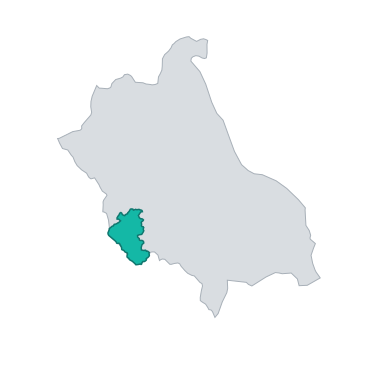 Kardzhali highlighted on a map of Bulgaria, rotated 58°
{"feature_id": "BGR-2237", "entity_name": "Kardzhali", "entity_type": "Province", "adm_level": 1, "iso_a3": "BGR", "parent_name": "Bulgaria", "parent_adm1": "", "projection": "orthographic", "projection_center": [25.602, 41.573], "detail": "fine", "context": "in_parent", "style": "filled", "palette": "teal", "viewbox_px": 384, "rotation_deg": 58, "n_neighbors": 0, "source": "natural_earth", "source_scale": "10m", "svg_char_len": 4204}
<svg xmlns="http://www.w3.org/2000/svg" viewBox="0 0 384 384"><g transform="rotate(58 192 192)"><path d="M310.5,239.0L304.2,238.0L302.1,238.4L300.7,240.0L297.8,239.8L294.3,239.9L290.6,241.7L288.5,242.5L285.8,240.9L280.5,236.2L277.3,232.9L275.0,232.1L272.7,233.2L264.4,234.5L262.5,236.4L258.7,238.7L254.8,239.7L249.2,240.6L246.3,240.5L244.7,241.6L243.3,244.7L242.4,247.8L241.6,249.1L234.7,250.7L233.2,252.5L232.8,254.2L232.9,255.9L227.4,254.3L223.1,255.5L222.1,256.8L221.2,258.7L221.7,260.7L223.3,262.7L224.8,268.0L225.4,273.4L224.5,276.4L221.3,278.6L214.7,281.0L208.3,279.9L205.5,280.9L200.7,281.2L196.3,281.8L189.6,284.0L183.5,285.2L178.1,280.8L171.6,277.7L164.9,275.8L162.5,277.1L161.5,278.1L155.8,274.1L153.3,272.7L152.1,271.2L149.8,265.9L148.4,265.7L143.7,267.6L139.2,267.4L136.5,267.0L128.4,267.1L127.3,270.7L126.3,271.2L124.5,271.7L120.2,271.4L114.7,273.9L108.8,275.4L104.2,275.3L99.5,274.4L96.6,274.9L90.5,275.1L86.5,278.8L80.5,278.4L75.4,277.6L76.1,276.4L77.6,261.1L80.3,254.3L80.2,252.8L79.7,251.8L77.5,250.6L76.1,246.8L73.1,237.0L71.3,234.9L66.1,232.7L61.7,229.7L57.9,225.9L51.2,216.4L54.8,215.6L56.0,213.8L59.7,208.9L60.2,206.4L59.9,205.0L57.6,202.5L56.2,197.1L57.6,192.2L57.8,189.7L56.7,187.1L58.0,184.0L60.6,182.4L62.2,182.0L68.9,181.9L73.4,175.7L76.0,173.8L78.8,170.3L80.0,169.1L81.3,166.3L81.8,163.5L76.6,159.4L74.9,156.3L72.7,153.0L69.6,150.6L63.4,146.5L61.0,142.4L60.1,137.2L58.6,133.3L56.8,130.7L56.6,128.6L55.9,126.0L55.9,121.0L57.6,114.5L58.7,112.2L60.9,111.6L66.7,108.3L67.1,103.8L68.2,101.0L70.1,99.4L71.8,98.4L74.8,101.1L82.2,105.6L85.8,108.7L85.5,110.6L83.7,112.4L80.4,114.2L78.4,116.5L77.8,119.5L78.2,121.7L80.4,123.6L94.1,121.5L107.8,123.2L126.3,127.7L138.5,129.3L147.6,127.6L164.4,131.2L180.1,134.5L195.1,135.5L203.6,133.0L209.5,129.6L214.6,123.2L227.1,114.7L239.1,109.8L255.0,105.8L265.5,104.3L267.1,105.6L280.7,113.1L286.7,113.0L291.6,114.3L293.5,116.3L294.7,116.7L301.1,114.7L304.1,118.8L308.8,124.6L316.5,127.5L323.4,129.0L325.6,129.2L332.8,128.8L332.2,143.7L328.2,150.8L321.6,148.7L313.3,150.8L309.1,158.8L306.7,161.2L304.5,164.0L303.3,174.2L303.4,191.0L300.3,193.1L297.4,193.8L285.5,208.8L292.6,212.8L295.8,215.8L301.2,224.5L308.9,234.2L310.5,239.0Z" fill="#d9dde1" stroke="#a8b0b8" stroke-width="1"/><path d="M220.9,260.5L221.3,261.0L221.9,261.3L222.6,261.5L223.1,261.7L223.5,262.2L223.8,262.7L224.2,264.3L224.2,264.7L224.2,265.7L224.3,266.1L224.5,266.3L225.2,266.5L225.5,266.8L225.7,267.6L225.8,268.3L225.7,269.0L225.6,269.7L225.0,270.3L225.0,270.7L225.4,271.8L225.6,272.1L226.3,272.7L226.4,273.1L226.4,273.6L226.1,273.7L225.8,273.8L225.6,274.2L225.1,275.7L224.4,277.3L223.9,278.2L223.6,278.3L223.2,278.2L219.3,279.2L218.7,279.5L217.4,280.3L216.4,280.8L215.9,280.9L215.3,280.8L214.6,280.8L213.5,281.4L212.8,281.5L211.9,281.1L210.5,279.6L209.5,279.2L209.0,279.4L207.3,280.6L205.7,280.7L205.2,280.9L204.6,281.3L204.3,281.7L204.0,281.9L203.4,282.0L203.0,281.8L202.0,281.3L201.6,281.1L197.5,280.8L196.9,281.0L196.5,281.6L196.2,282.3L195.8,282.8L195.3,283.0L195.0,282.9L194.6,282.8L194.1,282.8L192.9,283.0L185.1,285.5L184.1,285.6L183.0,285.4L182.1,284.9L180.1,282.1L179.2,281.4L179.1,280.6L178.7,277.7L178.9,277.1L179.1,276.6L178.6,275.8L178.2,275.1L178.8,273.7L179.0,272.2L178.8,271.6L179.1,270.8L178.6,267.9L176.1,268.6L175.3,269.9L174.2,269.3L173.3,267.6L172.6,265.7L171.7,264.6L171.7,263.2L172.7,262.8L173.8,263.0L175.0,262.7L176.2,261.9L176.4,261.4L176.0,260.8L176.0,259.4L176.3,258.2L175.6,257.5L175.1,255.5L174.4,254.3L173.9,253.3L174.4,252.1L175.2,251.2L176.3,251.3L176.6,250.3L176.8,249.0L177.9,248.1L178.3,246.8L179.0,245.8L179.7,245.6L180.1,244.9L181.2,244.2L182.4,244.5L181.8,246.1L183.5,249.9L185.9,250.3L187.3,249.8L188.4,248.5L189.2,248.1L190.0,248.0L190.5,249.0L190.5,250.2L190.9,251.1L192.8,251.9L193.8,252.8L194.8,252.7L195.6,251.8L196.6,251.8L197.4,252.8L198.2,253.3L199.1,253.3L199.6,253.8L200.1,254.6L201.3,257.1L200.3,259.5L200.0,261.2L201.5,262.0L202.4,261.8L203.4,261.4L204.2,261.8L205.0,262.0L205.9,261.3L206.5,260.1L208.1,259.3L209.7,259.9L209.9,261.1L210.2,262.4L212.3,264.6L214.4,265.6L216.2,263.7L216.5,262.5L217.3,262.0L218.1,262.1L218.6,261.0L220.6,260.3L220.9,260.5L220.9,260.5Z" fill="#14b8a6" stroke="#0f766e" stroke-width="1.5"/></g></svg>